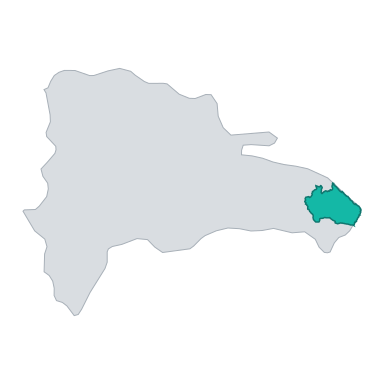 Salvaleón de Higüey, La Altagracia, Dominican Republic (highlighted)
{"feature_id": "3306468B87904766376188", "entity_name": "Salvaleón de Higüey", "entity_type": "district", "adm_level": 2, "iso_a3": "DOM", "parent_name": "Dominican Republic", "parent_adm1": "La Altagracia", "projection": "natural_earth1", "projection_center": [-68.511, 18.662], "detail": "fine", "context": "in_parent", "style": "filled", "palette": "teal", "viewbox_px": 384, "rotation_deg": 0, "n_neighbors": 0, "source": "geoboundaries", "source_scale": "gbopen_adm2", "svg_char_len": 6570}
<svg xmlns="http://www.w3.org/2000/svg" viewBox="0 0 384 384"><path d="M44.1,271.8L44.6,254.0L47.0,246.7L44.8,239.1L34.7,230.9L28.5,220.5L23.0,211.2L24.3,209.9L35.4,209.5L39.3,206.1L46.7,196.6L48.3,188.9L47.7,183.2L42.9,176.3L41.0,169.0L47.0,162.6L54.9,153.4L56.0,149.8L55.8,146.3L46.7,136.6L46.1,132.4L50.4,121.8L50.1,114.8L46.0,92.9L44.0,89.6L48.0,87.8L50.7,81.3L54.3,75.5L59.0,72.3L64.4,70.4L75.0,70.5L89.7,75.6L93.9,75.5L108.0,70.9L119.7,68.4L130.7,71.3L135.2,75.2L144.3,81.5L148.8,83.4L163.2,83.3L167.1,83.9L179.2,94.2L189.3,98.3L195.2,98.5L205.8,94.5L211.1,94.7L217.1,103.6L218.2,116.2L223.2,127.7L230.9,135.1L269.0,132.0L277.4,138.1L274.5,143.1L269.1,145.8L251.1,144.6L243.2,145.2L241.6,150.2L241.5,154.8L252.1,155.9L262.5,158.2L273.0,162.0L283.8,164.5L295.9,166.2L307.8,168.8L327.7,177.9L349.7,198.6L355.6,203.3L359.4,209.7L357.6,217.7L349.7,230.8L345.3,235.0L338.8,237.5L334.3,242.9L330.1,252.0L327.4,252.8L324.3,252.4L319.1,247.2L315.3,239.3L304.7,231.8L292.1,232.8L273.5,228.4L262.2,230.5L251.0,231.0L239.5,228.7L227.9,228.0L216.3,230.8L205.1,235.6L201.0,238.6L193.7,246.0L189.9,248.8L162.6,252.5L154.8,247.1L147.5,239.6L137.0,238.6L121.8,244.4L112.3,246.5L108.4,248.9L107.2,251.8L107.2,262.2L105.0,268.5L90.1,292.4L81.6,309.3L78.2,314.5L74.2,315.6L66.9,305.9L62.3,302.4L56.5,300.6L54.1,295.5L54.2,288.2L52.7,281.1L49.2,275.5L44.1,271.8Z" fill="#d9dde1" stroke="#a8b0b8" stroke-width="1"/><path d="M305.5,204.0L306.8,204.8L306.9,205.1L306.9,205.4L307.2,205.7L307.4,205.9L307.9,206.5L307.8,207.1L307.7,207.5L307.7,208.9L307.8,209.2L308.0,209.4L308.7,209.4L309.0,209.6L309.3,210.3L309.7,211.5L310.4,212.0L310.9,212.9L311.4,213.2L311.6,213.6L312.1,213.9L312.5,214.1L312.8,214.7L313.1,215.2L313.2,215.6L313.2,216.5L313.0,217.3L313.1,217.8L313.5,219.6L315.4,221.7L315.6,221.9L315.8,222.0L318.4,222.0L319.0,221.9L319.2,221.6L319.7,220.4L319.7,219.2L319.8,218.8L320.0,218.7L320.6,218.4L322.9,218.3L324.4,217.6L324.6,217.5L325.1,217.5L325.6,217.7L326.1,217.8L328.9,217.8L329.7,217.6L329.9,217.7L330.3,218.4L331.5,219.2L332.8,220.2L333.4,220.5L334.0,220.7L335.1,221.3L335.2,221.5L335.3,221.7L335.1,222.2L335.1,222.6L335.1,222.8L335.3,223.0L336.2,223.3L336.9,223.5L337.7,223.8L337.9,223.8L338.7,223.4L339.6,223.3L340.5,222.9L341.3,223.1L342.5,223.1L343.1,223.4L344.1,223.4L344.8,223.7L345.8,223.8L346.5,224.0L348.0,224.1L349.3,224.6L350.0,224.7L350.5,225.0L352.9,225.0L353.8,225.5L353.7,225.3L353.9,225.0L353.9,224.8L354.1,224.7L354.3,224.3L354.3,224.0L354.3,223.9L354.2,223.9L354.4,223.8L354.4,223.7L354.6,223.5L354.6,222.4L354.7,222.2L354.9,222.1L355.0,222.1L355.2,222.3L355.3,222.3L355.5,222.0L355.9,221.8L355.9,221.7L356.0,221.5L356.3,221.4L356.2,221.2L356.3,221.0L356.3,220.9L356.5,220.8L356.5,220.4L356.8,219.9L357.0,219.7L357.2,219.4L357.3,219.1L357.3,218.7L357.7,218.2L357.8,217.9L358.1,217.6L358.1,217.3L358.4,217.0L358.6,217.0L358.6,216.6L358.9,216.0L359.0,216.0L359.0,215.8L359.1,215.7L359.2,215.3L359.4,215.2L359.2,215.0L359.4,214.9L359.5,214.9L359.4,214.8L359.5,214.7L360.1,214.1L360.2,213.7L360.3,213.2L360.5,212.8L360.5,212.6L360.7,212.4L360.7,212.2L360.7,211.8L360.7,211.6L360.6,211.8L360.5,211.7L360.4,211.8L360.2,211.4L360.3,211.3L360.7,211.3L360.8,211.5L360.8,211.2L360.8,210.8L360.9,210.7L360.9,210.2L361.0,210.0L360.7,209.8L360.7,209.7L360.5,209.8L360.4,209.7L360.4,209.4L360.7,209.4L360.7,209.0L360.5,208.7L360.4,208.5L360.2,208.3L360.1,208.1L360.0,207.8L359.9,207.8L359.9,207.6L359.3,206.9L359.2,206.7L359.0,206.4L358.9,206.4L358.8,206.2L358.5,206.2L358.4,206.1L358.0,205.7L357.7,205.7L357.2,205.3L357.1,205.1L356.9,205.0L356.8,204.8L356.6,204.7L356.3,204.5L356.2,204.4L355.9,204.1L355.8,203.9L355.6,203.9L355.5,204.2L355.3,204.5L355.0,204.5L354.8,204.4L354.3,204.0L354.2,204.0L354.2,203.9L354.0,203.5L353.6,203.3L353.5,203.1L353.2,202.9L353.0,202.7L352.8,202.6L352.7,201.9L352.2,201.2L351.8,200.9L351.6,200.9L351.1,200.5L351.0,200.4L350.8,200.2L350.6,200.2L350.4,200.1L350.3,199.9L350.2,199.8L350.1,199.7L350.0,199.4L350.0,199.1L349.9,198.9L349.7,198.7L349.4,198.5L349.3,198.3L349.0,198.0L349.0,197.9L348.8,197.8L348.7,197.6L348.5,197.4L348.4,197.2L348.2,196.9L347.9,196.6L347.8,196.4L347.3,196.4L346.9,196.3L346.8,196.2L346.5,196.1L346.3,195.8L346.0,195.8L345.9,195.6L345.7,195.4L345.5,195.1L345.4,195.1L345.2,194.9L345.0,194.7L344.9,194.7L344.7,194.6L344.6,194.3L344.3,194.1L344.2,194.0L344.1,193.9L344.0,193.7L343.9,193.7L343.7,193.5L343.2,192.9L343.1,192.6L342.8,192.5L342.7,192.3L342.7,192.1L342.8,192.1L342.6,191.9L342.4,191.8L342.4,191.7L342.2,191.5L341.9,191.8L341.9,192.0L341.4,192.3L341.3,192.1L341.2,192.1L341.1,191.9L340.8,191.6L340.5,191.4L340.4,191.4L340.2,191.3L340.1,191.2L339.9,190.8L339.7,190.8L339.7,190.6L339.2,190.2L338.9,190.0L338.9,189.8L338.6,189.4L338.4,189.4L338.2,189.0L338.2,188.9L337.9,188.6L337.7,188.4L337.6,188.2L337.4,188.1L337.3,187.9L337.0,187.7L336.7,187.3L336.6,187.1L336.4,187.0L336.2,186.8L336.2,186.7L335.8,186.4L335.4,186.3L335.4,186.2L335.2,186.1L334.9,185.7L334.8,185.3L334.7,185.1L334.4,185.0L334.2,184.9L333.9,184.8L333.8,184.6L333.7,184.5L333.7,184.4L333.5,184.6L333.3,184.4L333.1,184.4L333.1,184.2L333.4,184.2L333.4,184.4L333.5,184.4L333.5,184.2L333.4,184.1L333.3,183.7L333.1,183.5L333.0,183.4L333.0,183.2L332.8,183.0L332.6,183.3L332.4,183.9L332.4,184.2L332.6,184.6L332.6,184.9L332.5,185.1L332.1,185.7L332.0,186.2L332.1,187.1L332.5,187.7L332.6,188.1L332.6,188.9L332.4,189.2L332.0,189.9L331.2,190.2L330.5,189.8L330.3,189.7L330.1,189.9L329.8,190.7L329.5,191.1L329.0,191.2L328.5,190.9L328.3,190.9L328.1,191.1L327.5,191.6L327.2,191.6L326.8,191.2L326.0,190.9L325.3,190.9L325.1,191.0L324.4,191.7L323.7,191.9L323.1,192.5L322.7,192.8L322.4,193.4L322.1,193.5L321.8,193.5L321.5,193.1L321.2,192.6L321.1,192.3L321.2,191.6L321.4,190.9L321.4,189.1L321.9,188.4L322.2,187.7L322.1,187.4L321.7,186.6L321.1,185.8L320.7,185.6L320.4,185.8L320.3,186.5L320.2,186.7L319.9,186.9L319.4,186.8L318.7,186.6L318.1,186.7L317.6,186.3L316.9,186.1L315.9,185.7L316.0,186.5L316.7,188.1L316.8,188.4L316.7,188.7L316.1,189.5L315.2,189.6L314.7,189.9L314.4,190.1L313.5,191.0L312.5,191.5L312.6,192.0L312.6,192.3L312.5,192.5L312.0,193.1L311.9,193.4L311.9,193.8L312.2,194.3L312.3,194.6L312.0,195.1L311.5,195.8L311.2,196.3L311.0,196.6L310.5,197.1L310.0,197.4L309.7,197.5L309.4,197.4L309.2,197.2L309.0,196.7L308.7,196.6L308.1,196.8L307.3,196.9L306.8,197.1L306.1,197.2L305.9,197.2L305.7,197.7L305.4,198.0L305.2,198.5L305.1,198.9L305.2,199.1L305.5,199.5L305.6,200.2L305.5,200.4L305.1,200.8L304.8,201.4L304.8,201.6L304.8,201.8L305.0,202.0L305.7,202.5L306.0,202.9L306.0,203.1L305.5,204.0Z" fill="#14b8a6" stroke="#0f766e" stroke-width="1.5"/></svg>